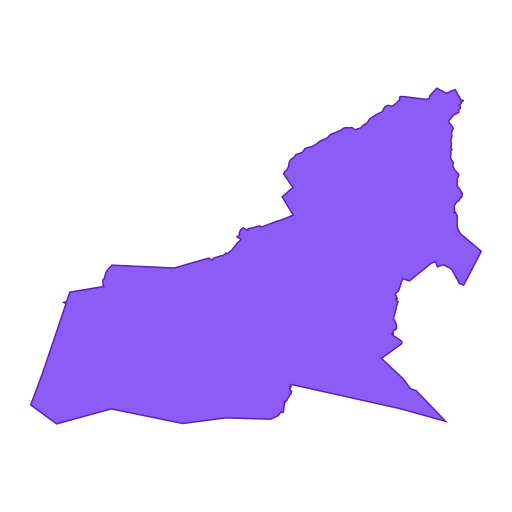 the district of Bergeijk, Noord-Brabant, Netherlands
{"feature_id": "6326949B35085344325863", "entity_name": "Bergeijk", "entity_type": "district", "adm_level": 2, "iso_a3": "NLD", "parent_name": "Netherlands", "parent_adm1": "Noord-Brabant", "projection": "equal_earth", "projection_center": [5.381, 51.323], "detail": "fine", "context": "isolated", "style": "filled", "palette": "violet", "viewbox_px": 512, "rotation_deg": 0, "n_neighbors": 0, "source": "geoboundaries", "source_scale": "gbopen_adm2", "svg_char_len": 5961}
<svg xmlns="http://www.w3.org/2000/svg" viewBox="0 0 512 512"><path d="M112.0,265.1L111.1,266.0L106.6,271.1L103.9,279.1L102.9,279.8L103.1,285.8L103.1,286.3L103.4,286.5L69.8,292.2L66.7,301.5L63.6,302.4L66.0,303.6L60.2,321.1L42.4,373.6L30.7,404.9L56.6,423.9L111.2,408.9L182.8,423.5L225.6,417.9L270.2,419.2L273.7,417.8L278.1,415.6L278.6,415.2L280.9,411.9L282.8,412.5L283.4,412.0L283.5,411.5L283.4,410.9L283.7,410.2L283.8,409.7L283.7,409.5L283.8,409.1L283.7,408.8L283.8,408.6L283.7,408.2L283.7,407.6L283.8,407.2L284.0,407.1L284.2,405.9L284.3,405.6L284.2,405.5L284.3,405.3L284.5,404.8L284.6,404.1L284.3,403.9L284.5,403.6L284.4,403.4L284.2,401.5L284.4,401.5L284.6,401.7L284.9,401.8L285.3,401.9L285.2,401.6L285.7,401.4L286.8,400.4L286.7,400.3L286.4,400.3L286.4,400.1L286.6,400.0L286.8,399.6L287.6,398.5L288.5,397.5L289.1,396.5L289.3,395.6L290.1,394.3L290.4,394.1L290.7,394.2L290.8,394.1L290.7,393.8L291.1,393.1L291.0,392.7L291.0,392.3L291.6,391.7L291.2,391.5L291.1,391.2L290.9,390.8L290.9,390.6L290.2,390.3L289.9,390.0L290.0,389.8L289.8,389.3L289.8,389.2L290.4,387.8L290.2,387.8L290.1,387.7L290.4,387.3L290.3,387.0L289.9,386.9L289.8,387.1L289.7,386.9L289.8,386.7L290.1,386.5L290.4,386.6L290.3,386.3L290.9,386.1L290.6,385.8L291.0,385.3L290.8,385.2L290.7,384.9L290.9,384.7L291.1,384.4L399.4,408.5L445.6,421.3L416.1,390.6L410.2,388.7L409.8,387.9L403.5,379.1L381.4,358.4L401.8,343.6L401.7,341.5L401.5,341.3L401.1,340.9L394.9,336.5L394.4,336.4L391.9,334.4L392.1,333.7L392.3,333.6L393.1,333.8L392.9,333.3L393.4,332.6L393.4,332.4L393.2,332.2L393.6,330.8L393.8,330.5L394.7,330.2L395.7,329.6L395.8,329.2L396.6,328.5L396.7,328.1L396.5,327.9L396.6,325.6L396.5,325.2L396.2,324.8L396.0,324.5L396.0,323.4L395.3,322.1L394.5,320.4L393.6,318.9L393.5,318.5L394.4,315.5L395.4,311.5L395.4,311.1L395.8,309.9L397.7,302.0L397.8,301.7L398.0,301.5L396.5,300.5L396.0,298.7L396.4,298.5L397.1,298.8L397.3,298.7L397.1,298.0L396.7,297.3L396.6,296.8L396.4,296.5L396.3,296.2L395.4,295.1L395.3,294.5L395.3,294.1L395.9,293.2L398.2,291.1L398.9,290.0L399.0,289.7L399.0,289.2L399.7,287.7L400.3,285.4L400.6,284.8L401.0,283.1L401.6,281.6L401.9,281.0L402.3,279.5L402.6,279.3L402.8,278.7L409.4,280.9L431.2,263.2L435.7,261.7L437.4,266.8L443.5,264.8L450.8,268.6L452.3,270.4L459.6,283.7L463.7,285.1L481.3,251.3L460.4,233.7L457.7,228.7L457.0,223.7L457.2,220.4L457.3,215.8L455.3,212.3L454.9,212.8L454.3,213.1L454.0,213.1L453.7,212.7L454.3,212.4L454.7,212.0L454.5,208.5L454.4,207.4L454.2,207.0L454.1,206.6L454.5,205.5L456.5,202.0L456.8,201.7L458.4,201.2L459.4,199.9L459.8,199.1L459.8,198.3L460.0,197.9L460.3,197.8L461.3,197.6L461.6,197.3L461.9,196.7L461.8,196.3L462.3,194.5L462.4,193.9L462.3,193.5L460.9,191.0L458.8,187.8L457.0,185.6L456.9,185.4L456.9,185.2L457.3,184.6L457.3,183.9L457.0,183.2L457.4,181.9L457.6,180.7L457.5,180.3L457.0,179.6L458.7,175.6L458.8,175.1L458.7,174.5L458.3,173.8L456.6,171.9L455.5,171.0L454.5,169.7L453.0,166.2L452.7,165.4L452.7,165.0L453.5,163.4L453.4,163.1L453.2,162.6L452.9,161.8L451.3,159.4L450.9,158.5L450.5,157.6L450.6,157.3L450.5,155.6L450.9,154.8L451.1,153.8L450.9,153.2L450.8,152.2L450.6,151.6L450.5,151.4L450.8,150.8L451.6,150.3L451.7,148.9L451.5,148.5L450.8,148.0L450.6,147.6L450.6,147.4L450.7,147.1L451.2,146.6L451.3,146.2L451.2,145.3L451.4,143.9L451.4,143.0L450.9,141.7L450.8,139.7L451.2,139.0L451.7,137.4L451.7,136.4L451.9,134.9L451.5,134.1L451.6,132.1L451.8,131.6L452.1,130.7L452.5,130.2L452.8,129.5L453.2,128.5L453.2,128.1L451.5,125.4L450.9,124.6L450.2,124.0L449.5,123.0L448.8,121.8L448.6,121.3L448.9,120.6L450.9,118.4L451.6,117.4L452.7,116.0L453.6,115.2L454.0,114.4L454.8,114.1L455.8,114.3L456.4,113.4L457.4,113.0L458.0,112.9L458.7,112.3L458.9,111.7L458.7,110.5L458.7,109.4L459.0,109.0L459.3,108.8L460.0,108.6L460.3,107.9L460.3,106.7L460.2,106.2L459.5,105.6L459.4,105.4L459.4,105.2L459.5,105.0L460.0,104.8L460.3,104.4L461.6,102.4L461.6,102.2L461.4,101.7L461.4,101.1L461.6,101.0L462.7,101.1L463.2,100.8L463.2,100.6L462.8,100.3L461.5,100.1L460.9,99.8L460.1,99.1L459.9,97.9L459.7,97.5L458.9,95.9L458.2,95.2L457.8,94.5L457.4,93.8L457.0,92.8L456.3,91.7L456.3,91.4L455.0,89.5L447.4,92.8L446.8,93.3L443.1,91.6L441.8,90.7L440.5,90.3L437.0,88.1L430.0,95.4L429.4,97.8L429.0,98.5L426.3,99.4L408.8,97.2L404.0,96.6L402.1,96.5L401.9,96.7L401.6,96.7L400.3,96.5L399.9,97.0L399.6,97.4L399.6,99.8L399.4,100.3L397.8,101.3L397.4,101.8L396.6,102.9L396.3,103.3L396.0,103.4L393.5,105.4L392.6,105.9L392.1,106.0L390.9,106.0L389.6,105.7L388.9,105.4L388.3,105.4L387.4,105.6L384.9,106.9L384.4,107.5L384.0,108.1L382.8,110.8L381.9,111.8L381.1,112.3L377.0,114.2L370.1,118.5L369.6,119.0L369.4,119.3L367.6,122.3L367.2,122.9L366.3,123.6L364.0,124.6L361.0,127.6L360.6,127.9L355.9,129.5L355.0,129.6L354.5,129.4L352.2,127.7L351.6,127.5L349.2,127.8L346.2,127.6L343.9,128.1L342.4,128.9L341.6,129.8L341.0,130.2L339.7,130.7L336.5,132.2L331.5,134.1L330.5,134.5L327.6,137.6L324.7,139.1L320.1,141.1L318.6,142.0L317.2,143.5L312.2,146.6L311.5,146.8L310.3,146.9L307.3,147.7L304.8,148.6L304.6,148.9L303.9,150.2L303.1,151.5L302.7,151.9L301.5,152.6L300.8,153.0L296.0,154.5L295.7,154.7L295.1,156.1L294.7,156.5L292.8,158.2L291.5,159.0L291.1,159.3L290.0,160.9L289.0,163.1L288.9,164.0L288.8,165.3L288.5,166.7L288.1,167.5L286.8,169.8L286.3,170.4L284.8,171.5L284.4,172.1L284.3,172.8L284.1,173.1L283.5,173.7L291.1,184.8L293.0,187.4L282.2,196.8L293.3,215.3L291.3,215.9L288.5,217.1L281.3,219.9L279.7,220.4L276.2,221.4L266.0,225.4L261.0,227.1L259.6,225.8L252.8,227.8L248.3,228.6L247.8,230.5L243.2,227.8L240.9,229.7L240.0,231.0L239.9,231.2L239.9,231.6L239.8,231.9L239.2,233.2L239.7,234.2L239.5,234.9L238.8,235.3L237.0,236.9L238.1,237.7L239.7,238.5L241.0,239.0L240.8,239.5L240.2,240.4L239.1,241.6L238.2,242.1L236.9,243.3L236.0,244.9L233.6,247.8L232.1,249.8L231.6,250.3L229.6,251.8L227.3,253.8L226.2,253.0L223.7,255.2L221.8,255.7L219.4,256.3L218.1,256.8L217.7,256.8L215.5,257.5L214.0,258.2L212.9,259.0L212.6,259.3L212.0,260.3L208.7,258.1L174.3,268.0L113.0,265.2L112.0,265.1Z" fill="#8b5cf6" stroke="#5b21b6" stroke-width="1.5"/></svg>